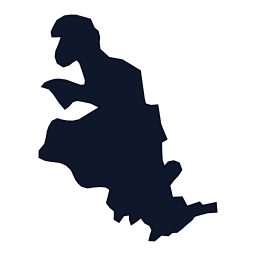 Novo Xingu, Rio Grande do Sul, Brazil (Natural Earth projection)
{"feature_id": "56859067B34726343619953", "entity_name": "Novo Xingu", "entity_type": "district", "adm_level": 2, "iso_a3": "BRA", "parent_name": "Brazil", "parent_adm1": "Rio Grande do Sul", "projection": "natural_earth1", "projection_center": [-53.062, -27.74], "detail": "fine", "context": "isolated", "style": "filled", "palette": "ink", "viewbox_px": 256, "rotation_deg": 0, "n_neighbors": 0, "source": "geoboundaries", "source_scale": "gbopen_adm2", "svg_char_len": 1613}
<svg xmlns="http://www.w3.org/2000/svg" viewBox="0 0 256 256"><path d="M90.3,19.4L85.0,17.9L76.0,15.4L69.9,15.4L64.6,16.1L57.2,20.5L53.3,27.6L51.4,32.0L52.2,36.7L61.7,36.4L59.1,44.1L56.1,51.1L55.4,56.8L57.4,62.9L63.3,66.7L68.8,64.9L72.9,61.6L77.1,59.4L80.1,63.4L83.1,72.2L85.6,80.1L85.0,85.1L80.6,85.6L72.5,82.7L65.9,80.3L59.1,79.4L55.0,79.6L50.9,80.6L45.1,82.9L41.9,86.6L49.0,88.7L53.6,93.7L59.6,102.6L64.9,108.9L68.6,106.1L72.6,101.5L76.9,100.2L82.9,101.2L90.9,102.9L99.9,107.4L88.8,114.0L83.8,117.1L79.1,120.0L72.8,121.4L66.5,121.1L62.0,120.3L57.4,118.9L52.2,121.4L49.2,126.6L47.5,131.5L46.6,137.5L44.9,144.1L39.4,150.9L39.3,157.4L45.1,160.1L51.0,161.1L55.7,161.6L60.6,162.4L66.3,164.9L71.4,169.7L73.9,175.1L75.8,179.3L78.3,182.9L81.9,186.1L87.7,187.7L93.0,186.8L100.2,186.3L106.0,186.8L110.1,189.6L108.2,197.6L106.7,202.8L110.3,207.5L114.7,211.1L114.4,219.3L119.0,222.1L123.5,215.6L129.8,214.6L129.7,219.5L131.3,224.5L135.8,221.6L141.0,217.4L145.0,222.9L149.8,225.3L152.2,230.0L150.7,234.7L149.2,240.4L154.6,240.6L161.3,234.9L168.4,235.5L172.1,232.3L177.0,232.1L181.4,228.7L186.5,224.2L191.6,220.0L194.6,216.1L200.8,214.3L207.7,212.5L216.7,211.9L216.0,202.8L202.5,205.6L199.6,202.3L194.1,204.1L187.0,206.5L182.0,197.1L172.3,197.6L169.5,185.3L173.4,180.1L177.9,175.4L181.6,169.7L179.0,163.1L173.7,161.0L168.4,162.1L164.3,167.0L162.0,160.3L161.5,151.6L161.3,142.2L166.7,139.1L164.1,133.1L160.6,124.4L157.6,105.1L151.2,105.7L145.3,104.1L144.0,98.4L140.8,75.7L140.2,70.9L122.2,60.0L108.9,57.7L99.7,49.2L98.9,42.2L99.4,37.4L98.0,31.4L93.9,27.9L90.3,19.4Z" fill="#0f172a" stroke="#020617" stroke-width="1.5"/></svg>